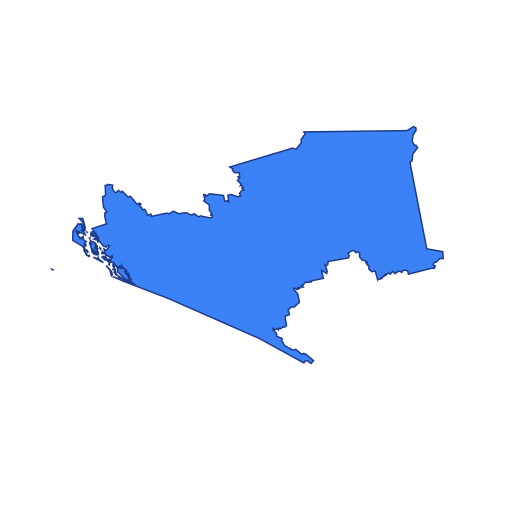 outline of Wellington, Victoria, Australia, rotated 69°
{"feature_id": "25037944B69891051906105", "entity_name": "Wellington", "entity_type": "district", "adm_level": 2, "iso_a3": "AUS", "parent_name": "Australia", "parent_adm1": "Victoria", "projection": "mercator", "projection_center": [146.771, -38.038], "detail": "fine", "context": "isolated", "style": "filled", "palette": "blue", "viewbox_px": 512, "rotation_deg": 69, "n_neighbors": 0, "source": "geoboundaries", "source_scale": "gbopen_adm2", "svg_char_len": 6181}
<svg xmlns="http://www.w3.org/2000/svg" viewBox="0 0 512 512"><g transform="rotate(69 256 256)"><path d="M193.8,60.8L191.6,62.5L193.1,70.0L157.1,167.4L158.4,166.2L159.9,166.8L163.4,172.1L166.4,173.0L170.7,180.3L168.4,183.1L163.5,248.6L166.5,246.2L167.5,247.3L170.5,246.2L172.1,241.9L176.0,242.7L175.7,244.4L177.3,243.6L178.9,246.3L183.5,244.2L184.8,245.5L184.8,244.1L186.2,243.6L187.3,244.0L187.0,245.3L188.1,243.6L189.7,243.6L189.1,244.4L191.5,248.8L194.5,249.0L194.0,252.1L189.5,257.3L189.2,260.4L195.6,262.2L194.1,263.0L193.7,265.6L187.8,264.6L181.3,277.0L182.4,280.9L180.3,281.4L180.1,282.9L184.5,283.4L185.9,285.0L191.6,281.3L196.6,283.2L199.9,282.1L201.5,283.6L202.4,282.0L204.1,283.3L203.9,285.4L198.6,293.6L198.8,295.7L194.4,298.4L194.7,301.7L190.5,305.6L188.8,313.1L184.6,316.9L185.4,322.1L183.9,324.2L181.5,339.5L179.2,339.1L179.1,342.7L173.5,342.8L172.5,343.3L172.7,344.7L166.6,346.6L166.2,344.9L164.8,345.9L165.1,348.5L156.3,351.4L155.1,352.2L155.1,354.3L147.6,357.6L148.3,359.0L145.4,361.0L146.7,363.9L146.0,365.0L141.5,366.0L138.4,364.4L135.9,369.2L136.8,370.5L136.1,371.5L145.5,374.7L145.7,378.1L155.7,380.9L161.7,379.5L161.5,381.5L164.3,382.9L172.4,384.1L171.7,399.2L175.0,398.5L174.7,401.3L176.7,402.5L177.0,399.3L178.6,401.2L179.4,399.7L178.8,398.0L177.3,398.7L175.9,398.3L178.7,396.9L180.3,398.0L180.3,396.8L181.1,399.9L181.1,397.8L181.7,397.2L182.1,401.3L182.9,400.2L182.0,399.8L184.0,398.3L182.4,396.6L185.1,397.2L192.0,394.9L194.0,392.6L192.8,390.9L194.1,389.2L197.1,393.6L194.8,395.4L201.7,396.3L201.4,395.1L204.8,393.1L204.2,390.3L205.9,390.4L205.6,391.5L209.2,394.0L211.2,391.3L211.9,391.0L213.5,391.7L215.1,391.7L213.4,390.8L216.7,389.9L216.8,387.0L218.2,385.4L217.4,385.4L216.5,384.8L218.4,384.9L219.0,386.1L218.7,384.3L223.4,382.0L226.2,383.4L226.6,380.9L231.4,381.8L233.1,380.9L233.9,381.3L233.4,382.4L233.8,383.0L234.0,382.0L235.9,382.5L236.4,381.2L240.4,378.6L236.4,381.6L236.1,383.6L233.9,384.2L233.3,387.4L264.6,352.7L334.2,282.5L373.0,249.6L371.8,248.2L372.1,245.7L376.1,243.1L374.3,239.8L365.6,244.6L364.1,246.1L363.9,248.7L357.4,252.3L357.2,255.1L350.0,261.4L344.0,262.3L342.5,261.1L338.3,265.5L335.9,264.5L330.5,266.7L329.5,265.7L331.6,265.2L331.3,262.2L333.0,261.4L331.7,260.5L332.8,258.9L331.8,256.6L332.7,254.9L332.0,252.5L322.7,250.5L322.7,245.7L318.0,245.4L316.3,241.6L317.3,238.6L314.7,232.0L306.4,230.6L300.5,232.7L299.5,231.7L301.8,229.8L300.8,228.8L302.0,228.6L301.8,227.5L300.3,227.9L301.8,226.7L300.7,225.6L301.9,223.2L299.9,223.8L300.1,222.3L298.2,219.8L299.6,215.7L298.8,214.5L300.0,213.7L299.2,212.7L301.0,201.1L292.8,200.0L297.7,196.3L295.6,194.9L289.2,194.9L290.3,193.9L289.5,191.8L286.9,190.7L290.9,170.6L289.4,168.9L286.5,169.2L285.3,164.8L286.1,162.4L288.7,161.6L288.5,159.4L290.3,158.2L294.1,159.6L297.7,158.4L299.9,155.4L301.7,155.8L301.6,154.2L304.1,155.6L305.1,154.0L309.1,155.3L312.3,153.3L312.7,150.1L321.5,150.9L320.9,150.4L321.8,150.1L322.1,146.6L321.3,146.8L320.6,142.5L319.9,143.2L319.4,141.6L320.1,141.1L319.4,138.2L321.1,137.2L319.4,134.1L322.2,132.5L321.1,131.9L322.0,130.5L321.1,128.7L323.2,125.7L324.1,126.0L322.5,124.9L322.3,122.8L324.2,119.6L327.6,120.3L330.4,95.8L331.5,94.1L329.7,92.2L328.0,93.7L326.0,92.2L326.2,89.6L324.2,85.4L325.5,82.2L318.9,80.1L310.5,94.0L223.6,78.7L223.1,76.2L217.0,73.1L212.8,66.3L209.8,67.1L209.6,68.5L205.0,69.1L199.4,66.1L196.1,61.6L193.8,60.8ZM181.7,409.3L175.1,413.9L175.9,414.2L168.2,415.4L167.7,414.4L172.1,413.1L169.4,413.2L175.1,407.7L172.1,407.8L169.4,409.8L169.0,409.0L170.7,408.3L168.5,407.5L169.6,405.7L167.2,408.0L163.1,407.8L163.2,409.4L162.0,410.2L167.1,418.0L175.7,421.5L184.6,414.6L186.9,413.9L189.4,414.6L194.6,413.7L196.6,412.1L196.3,411.4L195.8,411.3L196.1,412.4L194.3,413.6L188.9,414.3L187.6,413.8L188.7,413.3L185.3,413.0L185.5,411.3L182.4,412.1L183.7,410.9L182.2,411.0L181.7,409.3ZM221.6,390.6L232.4,385.6L232.7,383.2L227.8,382.6L226.5,383.7L223.9,383.3L224.5,384.0L223.4,384.4L223.2,382.5L222.3,382.7L219.6,384.3L219.2,387.0L217.5,387.0L218.1,389.8L222.5,390.9L221.6,390.6ZM191.2,401.3L187.5,401.9L188.2,401.1L185.8,401.6L182.5,405.1L185.5,407.5L184.3,406.0L185.2,405.3L186.1,405.6L185.3,406.5L189.5,407.0L190.3,406.3L195.2,404.9L197.4,404.9L198.2,403.5L195.7,403.5L197.4,402.3L196.0,402.0L193.3,402.9L194.1,401.9L192.0,401.6L191.3,403.1L189.7,402.7L191.2,401.3ZM168.3,405.2L158.8,404.3L157.6,407.7L162.6,405.4L166.9,407.1L168.3,405.2ZM228.9,391.2L223.9,397.2L232.5,388.2L230.0,388.2L225.1,391.7L228.9,391.2ZM222.8,397.0L218.7,396.4L211.1,399.4L217.1,397.4L223.5,398.2L220.1,397.3L222.8,397.0ZM204.7,398.1L208.8,395.7L206.8,394.5L206.8,393.2L205.6,396.5L203.7,396.5L204.7,398.1ZM201.5,398.9L201.8,400.1L204.7,398.8L203.5,398.5L204.3,398.3L203.4,396.6L201.5,398.9ZM190.1,406.9L194.0,407.6L196.6,406.2L196.8,405.6L190.1,406.9ZM221.7,392.7L218.1,392.2L216.7,394.9L218.6,393.1L221.7,392.7ZM196.7,397.9L199.2,399.4L198.1,398.2L199.6,396.8L196.7,397.9ZM207.5,400.8L202.2,404.2L199.6,407.6L198.5,407.6L199.6,407.7L207.5,400.8ZM211.6,391.8L214.0,393.2L214.5,393.1L214.7,392.9L211.6,391.8ZM189.0,412.1L189.8,412.2L192.3,411.9L191.9,411.3L189.0,412.1ZM190.0,400.7L188.7,400.5L190.8,401.0L190.0,400.7ZM175.8,410.3L176.2,411.6L177.1,410.6L175.8,410.3ZM196.0,450.5L195.4,451.2L196.1,451.0L196.0,450.5ZM186.2,398.7L186.1,398.0L184.8,398.5L186.2,398.7ZM210.0,394.6L208.5,394.9L210.2,394.9L210.0,394.6ZM207.3,393.6L208.4,394.4L207.0,393.3L207.3,393.6ZM214.5,392.5L215.5,393.0L216.2,392.5L214.9,392.2L214.5,392.5ZM177.2,402.2L177.7,402.7L178.5,402.8L177.2,402.2ZM169.6,406.4L170.1,406.9L170.9,406.2L169.6,406.4ZM212.7,395.8L211.2,396.3L211.5,396.5L212.7,395.8ZM219.6,394.3L220.7,394.3L222.5,393.3L222.8,392.9L219.6,394.3ZM202.0,403.7L200.7,403.8L200.9,403.9L202.0,403.7ZM179.3,404.5L179.5,405.1L180.3,404.9L179.3,404.5ZM180.1,401.3L179.1,400.9L178.7,401.0L180.1,401.3ZM183.2,399.9L184.0,399.0L182.9,399.6L183.2,399.9ZM232.5,386.0L231.4,386.9L231.7,387.0L232.1,386.9L232.3,386.6L232.5,386.0ZM172.9,404.5L173.4,405.1L174.2,405.2L173.6,405.0L172.9,404.5ZM193.7,398.0L192.3,398.9L192.7,399.0L193.7,398.0ZM193.9,398.5L194.0,398.7L194.8,398.6L193.9,398.5ZM222.5,394.0L223.2,393.7L223.9,393.1L223.7,393.1L222.5,394.0Z" fill="#3b82f6" stroke="#1e3a8a" stroke-width="1.5"/></g></svg>